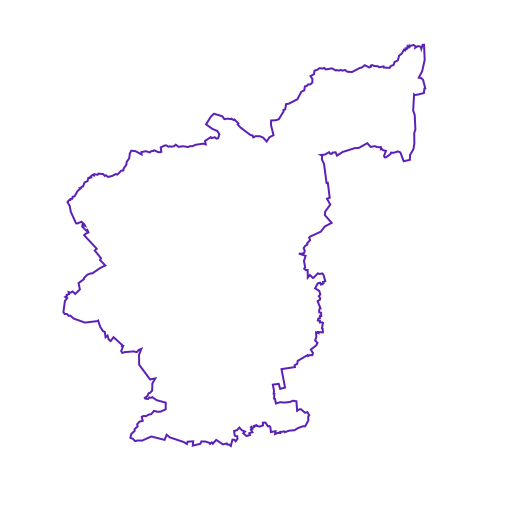 the district of Carrick-On-Suir Lea-5, South Tipperary, Ireland, rotated 261°
{"feature_id": "5873133B72256716491480", "entity_name": "Carrick-On-Suir Lea-5", "entity_type": "district", "adm_level": 2, "iso_a3": "IRL", "parent_name": "Ireland", "parent_adm1": "South Tipperary", "projection": "orthographic", "projection_center": [-7.586, 52.495], "detail": "fine", "context": "isolated", "style": "outline", "palette": "violet", "viewbox_px": 512, "rotation_deg": 261, "n_neighbors": 0, "source": "geoboundaries", "source_scale": "gbopen_adm2", "svg_char_len": 6020}
<svg xmlns="http://www.w3.org/2000/svg" viewBox="0 0 512 512"><g transform="rotate(261 256 256)"><path d="M85.3,281.9L89.4,282.5L90.3,283.6L93.8,282.3L93.5,279.9L97.6,276.4L97.8,275.0L96.7,272.4L106.2,273.2L107.3,269.7L106.5,266.8L106.8,261.1L107.8,257.1L107.2,252.6L111.9,252.4L112.4,251.5L117.0,252.6L117.2,251.9L120.0,252.7L126.3,252.5L126.2,258.4L121.0,259.1L121.5,264.1L140.3,263.5L140.2,277.1L142.1,277.1L143.0,279.8L145.9,280.8L150.1,291.5L149.0,291.8L149.7,293.7L149.2,296.0L151.2,297.1L155.0,295.5L158.3,301.5L160.6,303.1L163.3,301.2L166.6,302.9L171.2,303.4L170.1,305.6L171.2,305.5L170.1,310.1L173.5,310.5L174.2,309.8L179.5,311.7L180.1,311.0L180.3,308.7L181.9,309.0L182.6,307.0L184.5,307.8L184.4,309.3L186.8,309.8L186.5,311.0L189.8,311.4L190.4,309.7L191.9,309.7L194.2,310.7L194.2,311.5L201.7,309.8L202.8,312.3L204.3,312.8L206.5,311.7L208.0,313.5L211.7,313.0L214.8,309.3L219.3,312.7L219.6,315.1L217.6,315.7L217.7,317.2L218.4,317.3L218.6,318.3L219.8,318.1L220.3,320.5L226.9,319.7L228.4,318.8L228.3,315.9L229.2,314.4L225.5,309.4L225.4,308.7L228.8,306.3L226.6,303.8L234.1,304.8L234.2,303.0L236.0,301.6L237.2,302.8L243.5,302.6L248.4,305.0L251.7,298.7L251.1,301.5L251.5,304.0L253.6,305.0L256.3,304.3L258.1,305.9L259.3,308.5L260.4,308.4L263.2,311.9L265.9,311.4L266.7,312.5L269.9,323.8L274.4,328.6L276.9,335.9L285.6,330.4L289.1,331.3L295.1,337.4L301.5,335.1L302.0,337.9L317.0,338.4L317.0,337.1L336.5,337.6L341.0,336.2L344.8,337.0L345.6,335.9L345.4,340.0L347.1,344.4L345.3,345.3L345.1,346.8L346.1,347.6L346.0,350.8L342.5,351.7L345.2,357.9L347.1,370.6L346.6,374.1L350.0,383.6L345.8,386.3L345.9,390.7L344.6,392.5L343.9,396.5L341.9,396.0L342.0,397.0L340.7,398.0L339.5,400.8L334.8,398.1L333.3,398.5L333.1,399.7L335.6,404.8L337.0,405.5L336.4,408.1L337.1,412.4L335.7,414.8L326.5,416.7L326.9,423.0L331.7,424.0L336.9,428.2L342.2,430.0L352.7,431.5L356.0,433.2L370.3,434.8L375.1,434.0L390.8,437.4L390.2,437.9L390.1,440.9L390.7,447.3L395.0,448.5L395.0,449.4L403.7,448.6L405.8,447.1L406.7,444.7L412.5,449.0L423.3,453.3L438.3,455.0L438.5,453.7L434.7,451.7L436.9,451.5L438.0,448.8L436.8,445.9L438.1,446.4L439.7,444.7L439.5,441.5L438.5,440.5L439.7,440.1L438.1,438.7L439.1,438.3L437.0,437.5L436.7,436.9L437.5,436.1L435.8,435.4L436.6,434.4L433.1,431.6L431.5,428.7L427.1,426.7L425.8,423.0L423.3,421.9L422.4,418.6L420.9,417.5L422.1,411.8L423.3,411.7L423.1,407.3L424.4,405.9L425.2,402.5L426.4,400.6L426.1,399.1L425.0,399.2L424.5,397.3L427.4,393.3L425.6,389.9L425.5,388.0L422.7,379.6L423.7,375.0L425.7,373.2L425.6,370.3L426.5,368.8L426.1,367.0L427.0,365.0L426.7,364.0L429.4,360.4L429.4,354.0L431.1,352.8L430.7,351.2L431.6,348.1L430.4,345.8L429.9,342.8L426.5,341.7L425.2,338.0L422.0,339.4L418.5,338.8L417.0,336.3L417.3,334.2L416.1,332.9L415.8,330.8L412.1,329.6L411.1,326.4L404.4,321.5L401.3,312.3L401.3,309.4L396.3,307.8L396.0,306.0L394.4,305.8L387.5,299.9L387.0,296.7L387.5,292.1L382.6,291.3L372.6,292.2L371.2,287.9L367.4,284.4L371.7,281.7L373.6,278.7L374.4,274.5L373.6,271.9L375.6,271.5L376.2,269.6L385.3,260.8L388.7,258.5L389.7,259.4L394.2,256.0L393.8,255.2L395.5,253.1L395.1,252.6L396.1,249.5L396.1,246.2L399.3,244.6L403.1,236.7L400.4,232.9L393.8,227.3L388.2,233.0L385.6,237.3L381.9,238.9L378.3,237.0L378.1,235.3L379.7,233.9L379.4,230.5L380.5,229.9L377.6,223.7L374.1,223.8L375.2,221.5L375.3,213.8L374.4,210.5L374.8,207.8L374.2,206.2L375.8,201.2L375.9,196.7L378.5,194.1L377.3,192.4L377.2,189.4L377.8,188.2L377.6,186.7L379.2,184.8L379.5,183.4L378.2,178.9L373.7,178.8L373.5,177.7L373.9,175.6L376.4,171.9L375.8,170.9L375.9,168.8L374.9,167.3L376.7,163.7L376.6,159.1L374.2,158.9L378.5,153.2L379.5,149.3L377.2,147.5L372.2,146.0L369.2,143.0L366.4,142.2L363.2,139.0L361.3,138.4L361.3,136.2L358.1,131.8L358.9,130.3L357.6,126.6L357.2,122.3L359.2,120.3L358.8,119.1L360.8,117.9L362.0,113.3L361.0,112.3L362.1,109.1L360.8,108.7L361.6,107.4L361.0,105.9L359.5,105.6L360.0,104.6L359.0,104.0L359.4,102.7L356.3,101.3L355.5,98.2L351.8,96.1L351.7,94.6L350.5,93.7L350.6,92.6L349.9,92.9L348.2,90.0L343.3,86.1L343.2,84.2L341.3,83.5L341.4,81.7L340.4,81.4L340.3,79.9L338.7,78.2L334.9,79.8L328.5,80.0L316.4,83.4L316.1,84.6L317.1,89.0L314.3,91.3L312.5,91.9L313.9,89.5L312.3,88.9L307.4,92.5L308.1,93.5L305.5,94.2L304.6,91.2L303.4,89.5L288.1,99.8L286.6,97.6L278.0,102.6L276.4,101.3L270.2,105.7L268.5,100.1L264.4,91.6L264.7,90.1L263.9,86.4L261.0,82.5L260.0,82.4L257.0,76.5L250.5,76.8L246.8,71.5L249.6,69.4L248.8,67.2L249.7,65.3L247.7,65.4L247.2,63.0L246.3,63.2L245.4,61.2L244.0,62.9L241.4,60.2L230.7,57.0L228.7,57.9L228.2,60.3L226.2,61.6L226.2,63.3L222.8,66.0L217.0,76.6L216.5,89.1L216.9,90.0L210.2,91.1L205.6,93.2L204.7,94.8L199.3,94.7L200.6,96.9L196.8,97.4L194.7,99.1L198.1,102.6L189.0,109.9L188.1,109.5L187.9,110.7L183.2,108.0L181.2,108.8L181.6,111.5L180.9,120.2L179.7,123.2L181.5,125.4L182.2,128.2L176.7,125.0L166.9,123.6L150.6,132.1L150.9,137.4L146.3,133.7L139.3,132.4L137.4,129.9L137.2,128.4L134.8,127.0L133.3,124.0L132.4,124.4L131.7,127.1L132.9,128.5L132.4,130.4L132.8,131.5L129.1,135.4L125.3,143.9L118.7,142.8L117.2,137.3L117.6,134.2L119.0,131.0L116.2,127.8L116.1,125.2L115.0,122.2L115.6,120.2L115.1,118.0L110.9,118.3L110.7,115.1L108.4,112.3L106.2,112.4L104.0,109.1L102.1,108.7L99.8,105.0L96.1,103.5L94.6,105.9L92.1,107.6L92.3,110.2L91.5,114.6L94.1,124.4L88.7,136.9L93.4,139.8L90.3,142.5L83.6,155.5L81.1,158.4L83.3,159.4L82.8,164.9L78.6,163.9L79.2,171.6L81.4,173.1L80.6,177.2L78.7,180.8L77.6,181.2L78.8,183.2L77.3,184.0L80.6,187.9L75.1,193.9L75.4,197.9L74.2,198.2L73.9,200.0L72.3,201.4L78.3,204.0L77.8,206.0L76.2,206.9L78.3,209.1L80.9,209.3L81.4,207.4L82.4,206.9L86.6,207.0L87.0,210.1L89.1,212.7L86.1,214.8L84.3,217.6L82.9,215.7L79.7,218.4L80.1,222.0L82.0,221.6L82.5,224.9L85.2,223.8L85.7,225.3L87.4,224.1L88.0,224.7L86.8,225.7L87.7,227.8L88.5,227.5L88.9,230.0L88.1,230.0L86.9,233.2L87.6,236.4L90.3,236.7L90.0,239.3L85.9,241.1L86.0,242.6L84.8,243.4L79.8,243.2L79.9,247.9L77.2,247.0L77.9,249.9L77.4,252.3L78.4,252.3L78.3,256.6L77.5,256.9L78.3,261.5L77.9,266.9L79.5,270.5L80.5,276.0L80.1,277.9L85.3,281.9Z" fill="none" stroke="#5b21b6" stroke-width="2"/></g></svg>